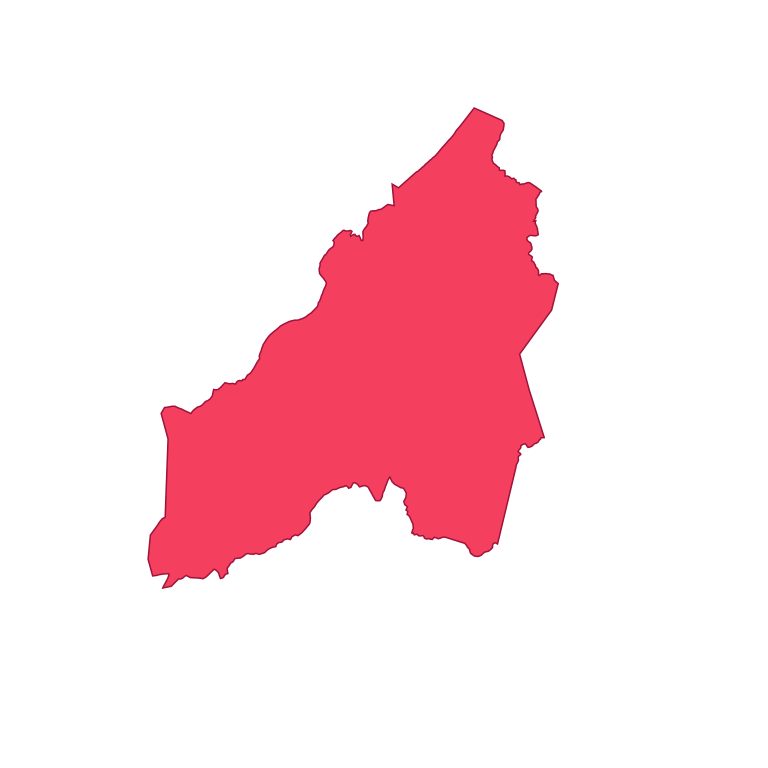 outline of San Juan Petlapa, Oaxaca, Mexico, rotated 30°
{"feature_id": "50627088B64815055084686", "entity_name": "San Juan Petlapa", "entity_type": "district", "adm_level": 2, "iso_a3": "MEX", "parent_name": "Mexico", "parent_adm1": "Oaxaca", "projection": "equal_earth", "projection_center": [-96.046, 17.489], "detail": "fine", "context": "isolated", "style": "filled", "palette": "rose", "viewbox_px": 768, "rotation_deg": 30, "n_neighbors": 0, "source": "geoboundaries", "source_scale": "gbopen_adm2", "svg_char_len": 6166}
<svg xmlns="http://www.w3.org/2000/svg" viewBox="0 0 768 768"><g transform="rotate(30 384 384)"><path d="M294.4,671.3L300.9,665.5L303.6,655.4L305.2,654.7L306.7,652.9L307.1,651.4L308.4,648.7L313.1,648.5L319.9,645.0L323.1,643.6L324.4,643.3L326.0,640.9L326.9,638.5L329.5,629.3L332.3,629.3L335.1,630.3L338.3,633.2L339.6,634.2L340.9,633.0L341.7,631.7L341.6,630.3L341.9,627.9L343.6,626.2L341.4,623.6L340.3,621.8L340.6,619.7L340.8,615.6L341.9,614.0L342.2,612.5L342.1,610.9L342.3,609.7L344.7,607.8L346.7,606.5L348.5,603.1L349.5,600.3L350.9,598.8L352.8,598.3L356.3,596.6L357.3,595.1L359.0,594.4L360.7,594.0L361.8,593.2L363.8,591.1L365.0,589.6L365.9,586.1L367.2,583.7L369.1,581.1L371.6,579.0L371.2,577.1L371.3,575.5L372.5,573.7L374.5,572.1L375.0,570.9L375.0,569.5L376.5,567.7L378.0,566.2L380.6,565.6L380.8,564.6L380.6,562.4L382.6,559.0L385.3,558.4L387.1,554.4L388.3,549.1L389.4,542.6L388.9,540.3L387.2,536.7L384.2,532.5L384.4,528.9L385.2,524.7L385.3,520.9L386.0,517.0L387.1,512.9L387.5,510.2L389.2,508.0L390.6,505.6L392.2,501.3L395.0,499.3L397.7,495.5L400.1,493.4L401.9,491.1L403.5,491.0L405.5,492.0L407.1,490.0L406.9,488.5L406.8,485.2L408.4,483.9L409.4,484.1L410.9,484.0L413.0,484.8L414.1,485.4L415.3,484.4L416.2,483.2L418.3,481.5L420.2,481.2L421.9,481.3L434.9,489.1L437.2,488.2L439.0,486.8L439.0,484.9L438.8,482.5L437.4,478.9L437.4,476.0L436.5,472.0L436.1,468.7L435.5,465.8L435.5,462.8L435.6,461.6L439.7,464.5L443.1,465.5L450.6,465.4L452.8,464.5L454.9,465.5L458.0,467.5L459.5,470.9L459.8,472.7L459.8,475.7L462.3,478.1L465.7,478.6L466.0,482.1L468.3,482.5L469.2,485.4L471.3,485.6L473.4,486.7L479.0,490.8L480.5,492.8L481.7,494.6L481.8,496.4L482.4,498.8L483.1,499.3L484.0,498.5L484.7,498.9L485.2,499.4L485.8,499.4L487.7,497.6L489.9,498.1L491.3,497.5L493.6,495.8L494.8,496.0L495.6,497.0L496.8,497.3L498.5,496.9L500.3,495.3L501.7,495.3L503.5,494.5L504.3,491.5L506.6,491.0L508.1,491.0L509.6,489.7L510.7,488.2L511.7,487.1L513.8,486.0L533.7,481.6L536.3,482.6L538.3,483.8L539.5,484.0L540.6,484.4L542.8,486.7L544.0,487.4L547.9,487.8L549.3,487.4L551.8,486.3L553.7,483.9L554.7,480.7L555.3,479.2L557.9,476.8L558.7,475.3L559.6,472.6L559.7,471.2L559.0,470.1L558.5,468.6L558.5,467.6L559.6,466.0L560.3,465.8L562.3,465.8L540.1,390.7L539.4,388.9L539.0,387.3L538.8,384.0L538.5,382.7L537.0,380.6L536.7,379.2L537.4,377.4L537.6,376.4L536.3,375.8L534.9,375.7L534.0,375.4L533.8,374.4L534.2,372.1L534.3,370.7L533.3,369.0L534.6,366.7L535.9,365.4L537.0,365.2L538.6,366.2L540.4,366.9L541.5,366.0L543.2,364.0L544.2,360.4L545.4,359.3L546.3,357.7L546.6,356.4L546.4,355.3L547.1,353.5L546.8,352.2L548.4,351.0L549.3,350.6L549.6,350.3L512.8,316.6L486.5,290.3L492.2,236.2L484.7,209.9L479.8,209.0L475.9,205.3L474.9,205.9L473.0,205.7L468.7,207.6L465.2,209.9L464.2,212.5L463.1,212.2L462.2,210.2L460.8,208.3L458.5,207.1L457.1,207.0L456.2,205.8L452.5,203.5L451.6,203.4L450.4,203.5L449.6,202.2L449.0,199.9L447.5,199.5L444.4,199.4L443.8,198.2L444.7,195.0L444.7,193.3L443.6,191.5L441.0,189.0L440.1,188.4L438.4,188.5L436.3,188.0L434.6,186.1L435.2,184.0L436.1,182.4L437.4,181.6L440.5,180.3L442.0,179.2L442.9,177.5L439.6,173.3L438.3,172.0L436.9,170.8L435.4,169.9L434.6,169.0L434.0,168.1L433.8,166.8L432.2,168.2L432.2,164.0L431.3,162.8L431.1,159.3L431.2,157.9L430.7,156.8L429.7,155.6L427.2,154.4L423.1,147.9L423.3,146.1L423.5,142.7L423.2,139.9L424.2,138.6L423.3,138.0L422.2,138.0L417.3,137.4L409.8,136.9L408.2,137.4L407.2,138.4L404.7,141.2L403.4,141.8L402.2,143.4L400.2,142.1L398.5,143.1L397.1,142.6L396.3,141.3L395.0,141.3L393.5,140.9L392.0,142.4L389.0,141.9L387.2,142.1L384.7,143.4L383.9,141.4L382.9,140.3L382.2,138.9L380.8,139.1L377.2,141.2L375.6,139.1L374.4,139.2L372.2,138.6L368.1,138.0L365.9,136.2L364.8,135.0L364.8,133.7L364.1,132.9L363.0,132.1L362.9,130.4L362.2,127.2L362.0,121.8L361.8,119.7L361.2,117.9L362.0,114.6L360.3,110.7L360.1,108.9L360.1,106.3L360.3,104.9L359.7,102.9L358.6,100.1L357.5,98.1L356.5,97.8L354.7,96.7L324.1,99.9L321.0,122.5L319.9,128.2L319.8,129.7L319.9,131.4L319.5,134.5L318.7,138.8L318.2,140.2L317.7,143.2L316.1,150.7L315.1,156.9L314.2,161.4L313.6,162.6L313.0,164.1L312.7,165.6L312.1,166.7L311.8,168.0L311.3,169.3L311.0,170.7L310.4,171.9L309.9,173.5L309.7,175.0L308.6,177.6L308.3,179.2L307.8,180.3L307.4,181.8L306.8,183.1L306.0,184.3L298.5,206.8L291.1,206.8L303.6,224.5L297.5,226.6L294.2,234.0L291.9,235.9L290.9,237.4L289.9,238.4L288.8,238.9L286.1,240.9L285.8,243.1L286.9,247.0L287.9,249.7L288.7,251.4L289.9,252.4L290.0,256.4L289.5,259.3L289.5,262.5L291.1,265.2L292.4,266.9L293.5,269.5L293.9,270.2L292.5,271.1L290.1,269.2L288.2,267.9L287.2,269.4L285.1,269.7L284.0,268.9L283.0,269.6L281.9,271.3L281.3,272.7L280.1,271.5L280.2,270.0L280.0,267.9L278.3,267.7L276.0,269.7L274.2,270.7L272.6,270.8L271.7,271.5L271.2,273.5L269.3,278.2L269.1,280.1L268.4,282.7L268.1,285.3L269.3,285.6L270.6,287.2L271.2,289.5L271.2,290.8L270.0,293.3L269.3,295.1L269.1,297.0L268.9,300.9L268.1,302.3L268.2,306.4L268.1,309.9L268.3,311.7L269.4,313.3L270.0,316.1L271.3,318.3L272.4,319.8L273.3,320.7L275.4,321.6L279.1,322.9L280.4,323.6L282.5,324.4L283.9,326.0L284.4,328.7L284.8,332.9L285.2,335.1L285.6,336.8L285.7,338.9L286.2,340.8L286.8,344.3L286.5,346.3L287.6,349.5L287.4,351.1L287.1,352.3L285.6,358.2L284.7,360.4L283.8,362.0L283.1,364.2L282.0,366.1L280.7,368.0L277.5,371.7L274.4,373.6L270.8,377.1L267.3,382.2L265.3,385.6L264.4,388.6L263.5,391.1L262.6,393.0L261.8,395.4L260.9,397.7L260.2,401.2L259.9,404.4L259.7,410.0L260.3,414.0L261.0,416.7L261.5,420.5L262.1,422.4L263.6,424.2L263.2,428.1L263.4,435.3L263.2,438.4L262.9,441.5L261.3,444.6L261.3,449.5L259.4,450.8L259.3,452.3L257.4,453.1L256.1,454.1L255.4,456.0L255.5,458.1L254.5,458.7L252.9,459.0L250.0,461.1L247.2,462.0L245.7,462.3L244.0,469.4L242.9,471.9L240.9,473.4L239.2,473.9L241.3,480.2L240.9,483.8L239.6,486.7L238.1,488.4L237.2,492.8L236.1,495.0L233.9,497.5L232.2,501.6L231.7,504.4L231.5,506.1L225.5,506.7L221.4,506.9L218.1,507.5L214.2,507.8L211.5,509.3L208.4,512.1L205.7,514.1L205.7,520.9L224.5,539.6L261.1,608.8L259.4,611.5L258.9,614.0L258.6,616.1L258.5,619.4L257.2,631.6L267.3,653.7L279.6,665.9L282.5,663.7L284.7,661.5L287.9,658.9L290.5,657.1L292.5,656.1L293.4,657.4L294.0,661.7L294.2,669.8L294.4,671.3Z" fill="#f43f5e" stroke="#9f1239" stroke-width="1.5"/></g></svg>